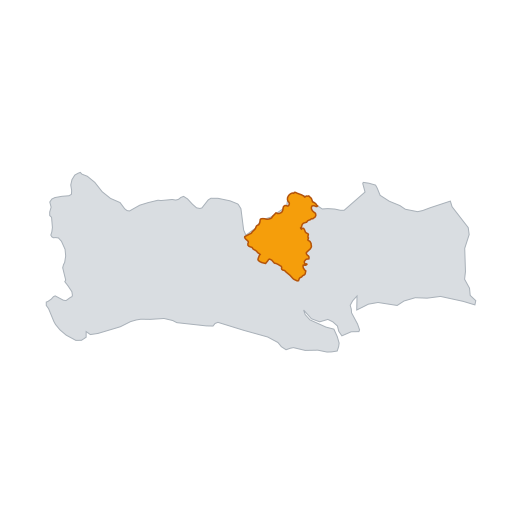 where Portalegre sits in Portugal, rotated 263°
{"feature_id": "PRT-747", "entity_name": "Portalegre", "entity_type": "District", "adm_level": 1, "iso_a3": "PRT", "parent_name": "Portugal", "parent_adm1": "", "projection": "orthographic", "projection_center": [-7.639, 39.223], "detail": "fine", "context": "in_parent", "style": "filled", "palette": "amber", "viewbox_px": 512, "rotation_deg": 263, "n_neighbors": 0, "source": "natural_earth", "source_scale": "10m", "svg_char_len": 5167}
<svg xmlns="http://www.w3.org/2000/svg" viewBox="0 0 512 512"><g transform="rotate(263 256 256)"><path d="M200.6,57.9L206.6,52.4L212.4,48.7L215.6,47.4L229.0,43.7L232.5,41.8L235.8,42.2L236.3,44.0L238.2,47.6L240.3,50.0L240.9,51.8L235.6,59.4L234.9,62.0L237.6,66.9L238.0,68.3L239.4,69.0L243.0,68.9L249.4,65.7L253.8,63.1L255.3,64.2L267.9,62.7L270.9,63.9L272.9,65.3L279.2,67.1L285.9,67.3L294.3,64.7L298.0,62.1L298.7,59.3L298.8,57.1L299.9,55.7L301.8,54.9L304.8,56.3L309.1,57.4L319.3,57.8L321.3,56.2L324.8,56.6L329.4,58.6L334.7,57.9L337.4,60.3L338.5,63.5L338.9,70.6L338.6,77.7L339.7,80.3L343.3,81.0L349.1,80.8L354.3,82.7L358.4,86.0L359.8,89.4L360.4,91.8L358.5,93.1L355.7,98.3L348.7,105.0L338.6,111.1L330.9,118.6L325.6,127.6L318.9,131.4L316.8,133.5L316.1,135.9L320.6,146.8L322.1,155.2L323.3,165.5L322.6,168.4L322.3,179.7L321.3,183.1L321.6,185.8L323.3,188.6L324.0,191.4L321.0,195.0L315.3,199.1L311.1,202.8L310.0,206.1L310.3,208.2L317.5,215.4L318.8,218.3L317.9,225.3L313.9,237.0L310.0,244.0L309.3,244.7L304.8,246.8L283.2,246.9L277.9,248.5L278.7,249.9L283.8,259.0L289.1,263.8L290.9,264.9L292.8,275.5L301.5,292.4L309.9,294.7L312.8,298.9L312.4,304.8L309.8,311.4L304.7,318.1L298.6,322.8L294.6,327.5L294.3,333.0L293.0,339.9L291.1,345.3L290.6,349.0L306.2,372.0L314.9,370.8L316.0,371.4L314.5,376.9L311.8,383.3L308.5,384.6L301.1,386.6L294.1,395.0L288.5,405.0L284.2,409.9L280.3,421.8L280.8,427.0L282.7,434.9L286.8,455.6L281.0,456.6L258.3,470.1L251.3,470.2L238.2,464.1L215.0,462.0L207.5,460.2L198.0,464.0L190.8,463.8L184.9,468.7L180.8,467.3L185.7,456.2L193.4,434.2L193.3,420.7L195.2,409.0L193.3,397.4L189.7,390.1L195.0,371.4L194.5,361.7L190.1,349.4L204.0,351.4L199.8,346.5L195.6,343.5L191.5,344.1L188.0,343.9L176.1,348.5L170.1,349.8L168.4,348.9L169.2,341.3L166.3,331.5L171.1,329.0L176.6,328.3L181.3,324.2L184.3,319.6L182.9,311.2L187.0,303.3L196.6,296.7L191.7,297.7L186.0,301.8L176.9,316.8L173.9,324.4L166.2,326.8L159.4,327.9L156.0,327.0L151.8,325.0L151.6,319.3L152.0,314.8L155.0,305.9L156.3,293.3L160.5,282.0L160.3,279.0L159.3,274.4L162.9,270.1L167.4,267.3L174.2,257.7L183.8,234.6L194.8,210.1L194.0,207.1L191.7,204.8L192.7,198.1L199.5,169.3L202.1,165.5L205.2,157.1L206.0,143.4L207.3,134.0L207.1,129.3L206.2,123.6L202.3,112.7L198.4,89.7L198.2,82.0L201.7,78.2L196.1,77.5L193.6,72.5L194.2,66.9L200.6,57.9Z" fill="#d9dde1" stroke="#a8b0b8" stroke-width="1"/><path d="M306.0,318.1L303.0,318.7L302.4,319.3L302.1,320.1L301.2,321.1L300.1,322.0L299.1,322.4L298.2,323.2L297.7,322.6L297.7,321.9L297.9,321.4L298.8,319.9L298.9,319.4L298.9,318.2L298.7,317.6L297.9,317.1L297.1,316.8L295.9,316.8L294.0,317.5L292.6,318.7L291.3,320.1L290.3,320.4L290.0,320.3L288.9,320.3L287.9,319.7L287.3,319.2L286.5,317.6L286.0,316.9L286.3,315.7L285.4,314.3L285.2,313.2L284.7,311.6L283.3,310.3L283.3,309.4L283.1,308.9L282.9,307.4L282.5,306.6L281.5,305.6L278.9,304.5L278.6,303.7L278.3,303.7L278.0,303.7L277.1,304.4L277.6,305.0L277.8,305.4L277.8,306.0L277.6,306.6L276.9,307.0L276.0,307.4L274.6,307.7L273.7,308.0L272.7,308.8L272.3,309.4L272.0,310.0L271.7,310.3L271.4,310.5L270.9,310.6L269.4,310.0L268.7,309.9L268.1,309.9L267.5,310.3L267.0,310.1L266.0,309.5L265.4,309.5L264.4,310.7L263.8,311.4L261.7,312.2L260.3,312.1L259.7,312.2L259.0,312.2L258.3,312.1L256.5,310.8L253.6,306.8L252.9,306.2L251.5,306.5L250.4,307.2L250.0,307.7L249.6,308.1L249.0,308.3L248.5,308.5L246.9,308.2L246.7,308.1L246.7,307.1L246.7,305.9L246.5,305.2L245.1,303.6L244.7,303.4L244.1,303.2L243.1,303.3L242.3,303.6L242.2,303.9L242.1,304.4L242.1,304.9L241.9,305.4L241.5,305.5L241.1,305.0L240.8,303.9L241.0,302.8L241.2,302.3L241.2,301.8L240.2,301.4L238.4,301.5L237.9,301.7L237.5,302.0L236.4,302.4L235.1,303.6L232.2,302.6L231.4,301.8L231.2,301.2L231.0,300.6L230.6,299.7L229.9,299.1L229.5,298.4L229.3,297.8L229.1,297.0L228.5,296.4L227.8,295.9L226.3,295.2L226.3,293.8L228.2,290.8L229.1,289.9L232.7,287.4L236.5,283.8L238.1,282.6L238.8,280.8L239.6,280.0L240.3,279.8L241.5,280.1L242.5,279.9L242.9,279.5L243.2,279.1L243.5,278.7L245.0,276.8L245.9,275.4L246.2,274.8L246.5,273.7L246.9,273.2L250.0,271.1L251.3,269.1L251.2,268.6L250.9,268.0L249.9,267.2L247.4,264.6L248.8,260.9L250.1,258.9L251.3,257.8L252.1,257.5L253.4,257.9L256.0,259.3L256.9,260.1L257.0,260.3L257.3,260.1L257.6,259.9L258.8,258.4L259.3,258.0L260.6,257.2L261.6,256.2L262.5,254.9L263.5,253.8L264.8,253.3L265.2,252.7L265.8,251.4L266.6,250.1L267.7,249.3L269.1,249.4L270.2,250.0L271.3,250.1L272.8,249.0L273.6,248.2L274.7,247.4L276.0,247.0L276.6,247.2L277.1,248.4L279.2,254.2L280.4,255.2L282.3,257.8L283.4,258.8L285.6,260.0L286.1,260.7L286.7,262.5L287.7,263.3L289.1,264.0L291.8,264.7L292.3,265.5L292.3,267.3L291.9,269.2L291.4,270.4L291.1,271.6L291.1,273.4L291.5,275.2L291.9,276.2L293.2,277.2L296.4,281.1L295.5,282.6L295.4,284.4L295.9,286.1L296.8,287.4L298.5,288.3L300.2,288.7L301.8,289.4L302.6,291.0L302.4,291.9L301.7,293.5L301.8,294.2L302.5,294.9L303.5,295.4L304.4,295.5L305.2,295.2L306.8,294.3L308.5,294.1L310.2,294.5L311.7,295.5L312.7,296.5L313.6,298.0L314.1,299.7L313.6,301.1L314.4,301.7L314.5,302.4L314.1,303.3L313.5,304.1L311.3,308.4L309.9,310.4L308.5,311.6L309.4,313.2L309.1,314.5L309.2,315.7L308.7,316.1L307.9,316.7L307.1,317.5L306.0,318.1Z" fill="#f59e0b" stroke="#b45309" stroke-width="1.5"/></g></svg>